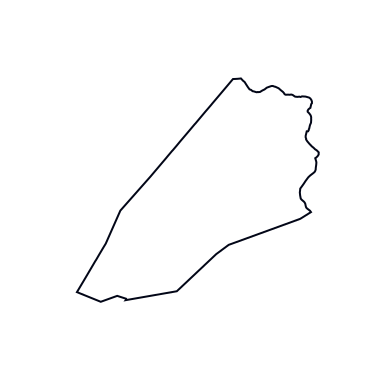 Santa Ana Cuauhtémoc, Oaxaca, Mexico, rotated 62°
{"feature_id": "50627088B15114769088919", "entity_name": "Santa Ana Cuauhtémoc", "entity_type": "district", "adm_level": 2, "iso_a3": "MEX", "parent_name": "Mexico", "parent_adm1": "Oaxaca", "projection": "natural_earth1", "projection_center": [-96.808, 17.985], "detail": "fine", "context": "isolated", "style": "outline", "palette": "ink", "viewbox_px": 384, "rotation_deg": 62, "n_neighbors": 0, "source": "geoboundaries", "source_scale": "gbopen_adm2", "svg_char_len": 2107}
<svg xmlns="http://www.w3.org/2000/svg" viewBox="0 0 384 384"><g transform="rotate(62 192 192)"><path d="M173.3,48.0L170.3,45.4L170.0,44.5L168.6,43.7L167.0,43.4L165.0,43.6L164.4,43.9L163.6,44.3L161.1,46.9L160.1,48.5L159.2,50.0L159.1,51.5L158.2,52.5L157.5,54.3L156.2,56.2L154.9,56.9L153.5,57.6L152.5,58.7L152.0,60.1L151.3,61.2L150.7,62.4L150.1,63.6L149.2,64.3L147.7,64.4L146.4,64.7L145.9,64.9L143.8,65.8L141.1,66.8L138.2,69.0L137.6,69.8L137.3,70.0L136.3,70.9L135.7,72.2L135.3,74.8L135.0,77.0L135.5,79.8L135.4,82.2L135.6,85.0L134.8,86.9L134.6,87.0L134.2,88.2L133.2,89.2L132.0,90.4L131.5,91.1L130.4,91.6L129.6,91.9L128.4,93.0L125.8,93.4L122.3,93.7L119.6,93.9L117.7,94.7L116.2,95.1L114.7,95.5L114.1,97.1L113.2,99.2L111.5,102.8L114.4,110.0L120.6,125.5L123.5,132.8L123.9,133.7L126.1,139.3L127.3,142.4L133.2,157.0L133.4,157.7L135.9,163.9L137.3,167.4L141.7,178.5L143.9,183.8L146.2,189.6L146.4,190.3L147.9,194.0L149.1,197.0L149.9,198.9L152.0,204.2L158.9,221.5L171.2,254.4L174.8,264.0L197.1,292.4L199.4,296.3L204.1,304.0L206.9,308.5L207.6,309.8L214.3,320.7L218.7,327.9L226.4,340.6L246.1,324.1L248.6,306.8L255.3,300.3L256.0,300.3L256.4,301.2L272.5,252.0L258.2,199.7L255.9,184.4L266.5,109.0L265.6,96.4L264.0,96.6L262.6,97.2L260.9,98.0L259.7,98.4L258.8,98.4L257.5,98.1L255.5,97.5L254.2,97.5L253.1,97.7L251.6,98.3L250.3,98.8L248.9,99.1L245.7,98.1L243.0,97.0L241.3,95.8L239.8,94.8L239.6,94.4L238.6,92.3L237.2,89.5L235.6,86.6L234.6,84.5L233.6,82.4L232.9,79.9L232.2,75.7L231.8,74.2L231.3,73.4L230.2,72.2L229.8,72.0L228.4,71.1L226.5,69.7L224.5,68.4L223.4,68.0L220.0,67.3L219.9,66.2L219.3,64.2L218.4,62.6L217.5,62.1L216.5,61.5L214.1,62.2L213.6,62.4L212.0,63.3L210.3,63.8L208.3,64.6L207.8,64.9L206.9,65.0L205.8,65.4L203.8,65.9L202.8,66.1L201.5,66.4L199.2,66.6L198.3,66.1L197.7,66.1L197.1,66.0L195.8,65.3L194.1,63.8L192.3,62.2L192.9,61.0L192.1,59.8L191.4,59.4L191.1,58.8L189.9,57.8L188.4,56.5L186.7,54.4L184.3,52.9L183.2,52.4L182.4,51.9L181.4,51.5L180.3,51.3L179.5,51.3L178.8,51.4L177.5,51.6L175.5,52.2L175.0,52.0L174.5,51.7L174.1,51.1L173.7,50.4L173.3,48.7L173.3,48.0Z" fill="none" stroke="#020617" stroke-width="2"/></g></svg>